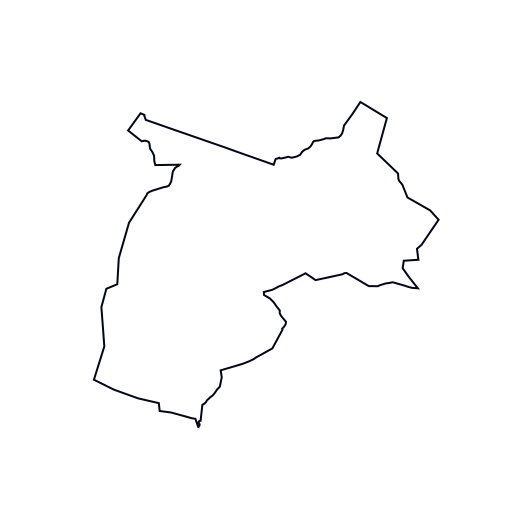 the district of Santa Catarina Zapoquila, Oaxaca, Mexico, rotated 110°
{"feature_id": "50627088B71795899371071", "entity_name": "Santa Catarina Zapoquila", "entity_type": "district", "adm_level": 2, "iso_a3": "MEX", "parent_name": "Mexico", "parent_adm1": "Oaxaca", "projection": "mercator", "projection_center": [-97.553, 18.025], "detail": "fine", "context": "isolated", "style": "outline", "palette": "ink", "viewbox_px": 512, "rotation_deg": 110, "n_neighbors": 0, "source": "geoboundaries", "source_scale": "gbopen_adm2", "svg_char_len": 2524}
<svg xmlns="http://www.w3.org/2000/svg" viewBox="0 0 512 512"><g transform="rotate(110 256 256)"><path d="M181.8,419.1L187.3,402.6L185.9,400.4L185.4,398.7L185.4,396.9L185.8,395.4L187.4,394.3L191.4,392.2L193.8,388.9L196.5,386.2L199.2,385.0L201.8,383.9L205.0,381.7L196.3,358.9L197.6,359.4L199.1,360.9L201.3,362.3L202.7,362.5L204.4,362.9L206.2,362.9L208.7,362.3L215.0,361.2L217.6,361.5L219.8,362.0L221.0,363.2L222.2,365.1L223.1,366.6L229.9,375.5L231.5,377.3L231.7,377.5L232.6,378.4L234.3,379.6L236.1,379.6L268.2,386.7L304.9,384.2L330.0,376.7L338.0,385.4L357.0,383.8L373.3,376.4L392.9,367.6L427.2,366.0L427.7,366.0L430.2,343.7L430.1,318.1L427.5,297.0L434.6,293.5L432.1,282.2L430.4,260.8L429.7,257.3L436.0,252.2L436.4,251.9L436.4,251.6L436.0,251.7L435.3,251.7L435.0,251.5L434.8,251.2L434.3,251.2L434.2,251.2L433.9,251.2L433.4,251.5L433.2,251.7L433.0,251.8L432.8,252.1L432.6,252.3L432.4,252.6L432.0,252.9L431.7,253.1L431.2,253.1L430.8,253.0L430.5,252.8L430.3,252.6L430.1,252.4L429.9,252.2L429.9,251.9L429.8,251.7L414.2,255.5L412.6,254.2L410.7,253.1L408.3,252.7L405.9,251.4L404.2,250.6L402.4,249.3L400.8,248.6L398.4,247.8L394.7,246.9L391.1,245.3L381.7,246.7L375.5,250.1L361.7,231.4L356.9,226.0L353.2,222.5L351.6,221.5L337.2,209.0L316.2,205.9L315.3,206.5L312.7,205.4L310.1,204.8L307.6,205.3L306.3,207.5L305.0,209.8L303.5,212.2L301.7,214.1L299.0,215.1L296.2,219.7L293.4,223.6L291.1,228.5L289.9,235.1L287.2,236.3L285.6,234.1L284.4,232.3L282.1,229.0L279.6,226.6L277.1,224.5L275.7,222.9L273.8,220.8L255.3,203.5L258.3,191.8L243.6,168.5L241.9,167.1L241.0,165.1L245.7,139.7L242.9,131.7L242.5,130.8L241.5,130.1L240.4,128.7L239.7,127.7L239.0,126.8L237.9,125.4L237.0,124.0L236.5,122.9L233.9,118.5L233.2,108.5L233.0,105.5L233.0,103.0L232.8,101.2L232.6,98.6L231.0,92.9L223.0,105.8L217.3,114.0L209.9,115.5L204.0,102.1L194.2,107.2L188.9,104.3L159.5,96.8L153.6,107.9L149.2,133.7L138.9,142.9L136.5,147.1L134.8,148.6L129.9,150.7L118.2,177.2L113.6,177.6L81.6,180.2L75.6,210.6L89.8,214.0L103.3,217.9L107.8,217.2L111.1,217.0L113.9,217.6L116.3,219.0L120.0,226.2L121.5,230.7L122.7,231.9L125.8,236.3L128.0,240.6L129.5,241.4L131.9,241.6L135.0,242.5L137.0,243.7L139.6,246.7L141.1,247.5L142.9,248.5L145.6,249.0L148.6,251.8L151.3,255.8L151.6,257.3L151.7,259.6L154.0,262.9L155.7,265.7L156.1,267.2L155.7,267.7L156.0,268.2L156.9,268.9L158.0,270.7L164.2,270.6L164.4,292.8L164.5,299.5L164.6,316.7L164.6,318.1L164.6,322.0L164.8,335.9L165.4,376.4L165.8,406.1L162.6,408.8L161.6,409.1L161.4,413.3L181.8,419.1Z" fill="none" stroke="#020617" stroke-width="2"/></g></svg>